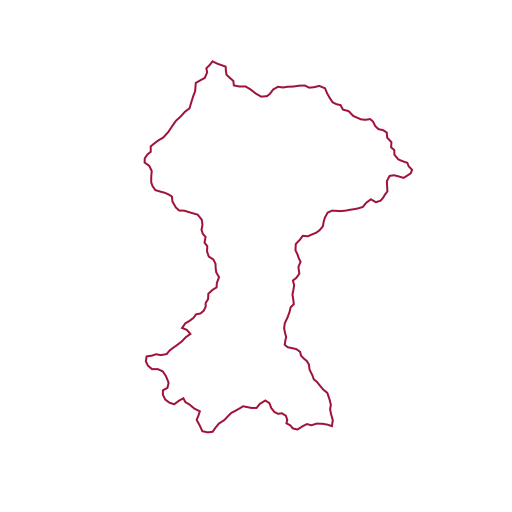 Carangola, Minas Gerais, Brazil (Mercator projection), rotated 296°
{"feature_id": "56859067B57356362865245", "entity_name": "Carangola", "entity_type": "district", "adm_level": 2, "iso_a3": "BRA", "parent_name": "Brazil", "parent_adm1": "Minas Gerais", "projection": "mercator", "projection_center": [-42.102, -20.708], "detail": "fine", "context": "isolated", "style": "outline", "palette": "rose", "viewbox_px": 512, "rotation_deg": 296, "n_neighbors": 0, "source": "geoboundaries", "source_scale": "gbopen_adm2", "svg_char_len": 3348}
<svg xmlns="http://www.w3.org/2000/svg" viewBox="0 0 512 512"><g transform="rotate(296 256 256)"><path d="M436.6,238.3L433.1,234.1L430.6,230.0L430.6,225.1L428.1,220.3L424.6,215.2L422.1,210.4L419.3,206.4L417.7,201.5L413.1,198.4L407.8,197.4L404.5,195.8L401.5,190.8L401.9,184.6L403.3,178.2L403.8,172.2L401.1,166.9L399.6,161.3L403.4,158.9L404.6,154.5L406.0,150.0L409.0,147.9L412.9,145.7L412.4,141.4L411.9,136.9L411.9,131.6L407.9,130.8L402.9,129.1L399.6,131.6L393.6,131.9L389.0,128.6L385.1,126.0L380.9,127.7L377.2,129.1L372.1,129.5L366.2,130.4L359.6,131.5L354.5,128.9L348.3,127.1L342.5,124.8L336.5,123.8L328.9,122.8L321.8,120.7L317.3,117.7L313.3,115.6L308.4,113.3L303.5,115.7L299.6,113.9L295.0,113.2L291.2,114.9L290.2,120.6L286.7,125.0L281.3,127.1L276.3,129.5L273.6,132.2L271.1,136.6L271.8,141.1L272.8,146.1L273.0,150.4L272.6,154.3L268.4,157.0L264.5,162.6L263.2,167.1L265.3,171.6L266.3,178.2L267.6,185.5L264.8,191.4L260.4,194.3L255.7,195.5L252.6,198.5L251.0,202.3L245.4,203.9L243.5,207.9L238.6,210.0L234.8,213.8L234.2,219.1L231.3,223.0L227.5,225.0L224.0,227.3L220.7,232.1L214.7,232.6L210.5,234.3L206.6,231.8L201.2,229.7L196.3,231.8L191.6,231.4L188.3,233.0L183.9,233.0L180.0,231.3L177.3,227.7L172.9,226.9L168.4,224.6L164.5,222.0L158.9,221.1L159.3,226.1L157.2,231.2L152.2,228.5L146.6,226.7L141.2,224.0L136.3,221.3L132.9,219.7L128.7,218.7L125.2,213.9L123.9,209.3L120.8,206.1L117.8,201.7L113.0,203.2L110.1,206.9L108.7,212.1L111.3,217.4L111.4,222.8L108.8,227.3L106.5,230.1L103.6,233.1L98.6,234.2L94.5,231.2L90.5,233.1L87.2,237.4L86.2,242.5L86.9,247.5L92.2,250.2L96.3,253.1L93.7,256.6L93.3,261.7L91.8,267.5L91.8,273.6L87.5,274.2L82.7,274.5L79.0,279.7L75.0,284.6L76.3,289.9L79.0,294.1L83.7,294.8L89.1,296.1L94.8,299.5L99.9,301.1L104.2,302.6L107.5,305.1L111.7,308.0L115.3,310.3L116.3,314.2L117.5,318.7L119.7,323.1L124.8,324.3L130.2,327.7L129.6,332.6L126.0,336.4L123.9,340.8L123.8,345.0L126.0,348.2L125.5,352.9L122.4,355.9L119.0,356.7L118.8,361.0L117.2,364.7L118.2,369.3L123.5,372.6L127.3,375.5L128.1,379.9L132.0,384.1L134.5,389.7L135.8,394.4L136.3,398.8L142.1,397.0L147.0,392.6L150.7,389.8L154.9,388.6L159.1,385.2L164.3,380.0L165.3,375.3L167.5,370.3L169.6,365.9L170.5,362.0L173.4,359.1L177.3,354.0L181.7,351.1L183.9,347.6L184.8,343.9L186.2,340.1L189.2,337.7L190.0,333.1L188.9,328.4L187.9,324.5L188.8,320.7L192.9,319.4L196.3,318.7L200.1,315.4L203.5,312.9L208.4,311.3L214.2,311.3L220.3,310.7L225.1,309.6L229.2,311.1L232.9,308.8L237.3,305.7L242.1,304.4L246.3,303.2L250.2,299.9L253.9,301.8L259.1,302.7L264.8,298.9L270.3,298.6L272.6,295.6L275.5,292.7L278.4,289.0L284.2,286.5L289.9,288.3L294.6,289.2L296.5,294.0L300.4,297.3L303.3,299.9L306.9,301.8L312.0,303.1L316.6,301.8L320.5,301.1L326.5,301.4L330.1,304.5L331.6,308.0L333.3,312.1L336.0,316.6L338.4,319.7L340.5,322.8L343.2,326.5L346.9,330.5L352.3,331.8L357.3,334.4L356.9,340.2L360.3,343.7L363.9,344.7L367.8,345.0L371.6,345.8L375.4,343.7L380.6,340.8L386.6,341.0L389.1,344.7L390.0,348.9L390.9,354.4L394.9,356.9L398.1,358.8L401.9,358.5L403.5,354.0L406.1,351.1L405.5,346.8L405.2,341.6L407.7,336.0L411.8,333.9L412.9,329.8L417.7,327.8L419.9,322.0L424.3,319.4L424.8,314.8L423.7,310.5L425.1,306.1L428.1,302.3L429.1,298.6L426.3,294.5L424.8,290.3L424.5,282.0L426.8,275.8L425.7,269.9L428.7,265.9L427.7,261.7L427.7,257.5L430.3,253.1L433.6,248.3L437.0,244.6L436.6,238.3Z" fill="none" stroke="#9f1239" stroke-width="2"/></g></svg>